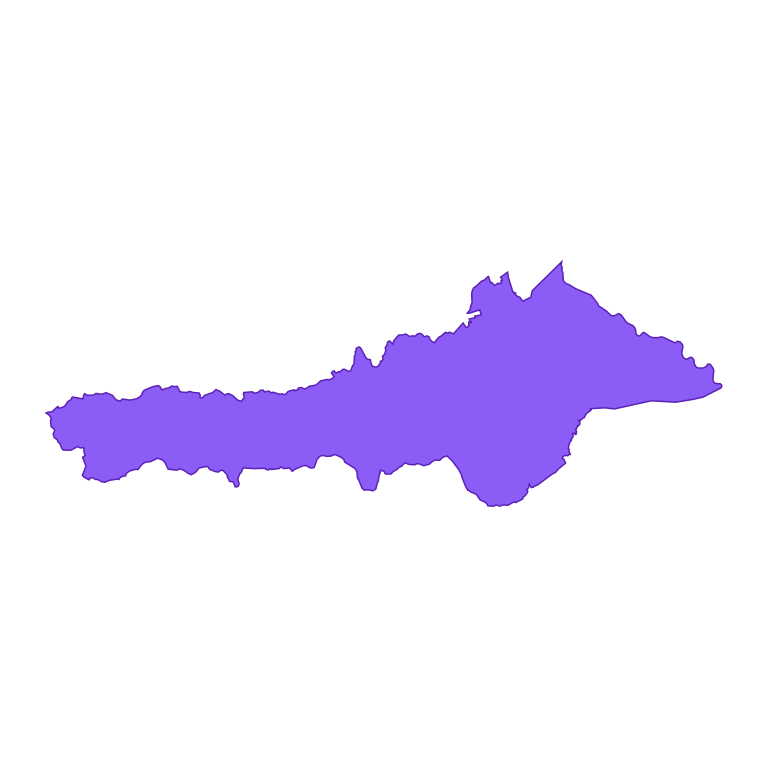 the district of Borlesti, Neamt, Romania
{"feature_id": "2599482B55744417226564", "entity_name": "Borlesti", "entity_type": "district", "adm_level": 2, "iso_a3": "ROU", "parent_name": "Romania", "parent_adm1": "Neamt", "projection": "orthographic", "projection_center": [26.427, 46.78], "detail": "fine", "context": "isolated", "style": "filled", "palette": "violet", "viewbox_px": 768, "rotation_deg": 0, "n_neighbors": 0, "source": "geoboundaries", "source_scale": "gbopen_adm2", "svg_char_len": 6085}
<svg xmlns="http://www.w3.org/2000/svg" viewBox="0 0 768 768"><path d="M487.9,505.9L494.0,506.2L495.9,504.9L499.7,506.1L503.4,504.9L507.9,505.3L513.7,502.0L515.8,502.5L521.6,499.6L522.8,498.8L523.1,497.0L524.6,496.2L527.5,492.5L527.6,490.7L526.6,489.5L528.4,488.1L529.3,484.4L531.1,487.5L533.3,487.3L533.9,486.4L537.4,485.1L553.0,473.5L555.4,472.5L558.6,468.8L565.6,463.1L563.8,459.1L563.1,459.3L562.5,458.6L562.6,457.0L564.8,455.4L567.9,455.7L569.1,454.4L570.2,454.4L569.2,451.5L569.0,449.2L568.5,448.9L568.5,446.8L569.6,442.6L570.7,441.3L570.8,440.4L571.4,440.2L571.1,439.1L572.2,438.4L573.2,436.0L572.8,435.1L573.2,434.0L572.6,433.5L573.9,433.2L575.1,433.8L575.3,434.5L576.1,434.3L576.4,433.5L575.7,432.3L576.6,431.8L575.5,429.4L576.3,429.2L577.6,425.8L578.3,426.0L580.0,423.8L579.8,422.2L578.7,420.5L580.0,420.9L583.1,418.0L584.1,417.8L586.3,413.7L591.1,410.0L590.5,408.7L604.5,407.8L614.5,408.9L651.2,400.8L675.7,402.2L692.9,399.4L703.1,397.1L721.2,387.8L721.9,385.4L720.4,383.8L715.1,383.4L713.2,381.3L712.9,379.3L713.8,370.3L712.9,368.0L710.2,364.3L708.1,364.0L705.8,366.8L703.2,368.0L697.7,368.0L696.2,367.0L694.3,363.9L694.0,360.1L692.0,357.5L690.5,357.3L686.4,359.4L683.2,357.6L681.7,353.1L682.9,346.6L682.6,345.0L680.4,342.1L677.8,341.2L675.1,342.9L663.3,337.3L661.2,336.9L657.3,337.7L653.0,337.6L650.3,336.9L644.2,332.5L643.0,332.6L640.0,335.8L638.1,335.8L637.1,335.3L635.9,333.3L635.5,329.5L634.6,327.6L633.1,325.8L626.8,322.7L621.2,315.0L618.7,313.6L614.8,315.6L612.9,315.9L610.7,315.2L606.6,311.2L598.6,305.8L596.9,302.5L591.2,295.2L575.8,288.8L568.9,284.5L566.1,283.6L563.3,280.7L562.8,272.7L561.8,270.0L562.2,268.0L561.2,264.8L561.7,261.8L533.0,290.0L532.1,291.2L530.8,297.4L525.1,299.9L523.9,301.2L522.2,300.5L519.9,297.3L517.4,296.3L514.5,293.9L515.6,293.1L512.9,292.0L508.3,277.3L507.6,272.2L500.6,277.2L502.4,280.1L500.8,281.1L501.5,282.9L498.6,283.8L498.1,283.2L494.4,285.5L491.7,282.4L490.5,282.8L488.5,276.5L487.6,276.9L484.7,279.8L481.3,281.3L476.5,286.0L473.5,288.0L472.0,291.6L471.7,294.7L472.1,302.5L470.7,306.2L470.0,309.8L467.3,313.2L469.4,313.2L479.7,309.9L481.2,314.9L474.7,316.1L475.2,317.8L469.4,318.8L469.3,319.5L470.0,320.7L471.6,322.0L471.0,322.8L468.8,322.0L468.6,323.9L469.2,325.1L466.9,327.4L465.9,327.3L463.1,323.0L453.5,333.8L449.4,332.2L448.1,333.1L445.3,332.4L441.2,336.0L438.7,337.3L434.4,342.7L431.9,341.5L429.7,339.1L429.4,337.3L428.4,336.4L426.5,335.9L425.2,336.7L423.7,336.4L422.4,334.5L419.8,333.3L417.0,334.2L415.6,335.8L414.1,336.3L413.1,335.8L409.3,336.4L406.0,334.0L402.0,335.0L398.7,335.0L393.8,340.7L392.8,344.1L389.7,340.9L387.8,341.8L386.9,344.9L385.3,347.8L385.8,351.5L385.1,352.2L385.0,354.0L382.7,355.9L382.6,357.3L383.3,358.7L382.4,360.4L380.3,361.4L380.8,362.5L379.3,364.2L379.2,365.3L376.1,367.3L372.2,366.1L370.8,362.3L370.5,359.8L367.4,359.1L366.0,357.9L360.6,347.9L358.8,346.9L356.1,348.5L356.3,350.3L355.2,351.6L355.5,354.0L354.4,356.1L354.0,363.8L352.5,365.9L350.9,370.4L348.9,371.5L344.0,369.1L342.3,369.7L340.0,372.0L338.6,371.6L336.8,372.8L335.2,372.4L334.3,370.9L332.6,371.3L331.5,373.1L334.1,376.5L332.3,378.5L329.3,379.8L327.3,379.4L320.7,380.8L315.9,385.1L309.1,386.3L306.6,388.3L304.2,388.9L301.2,387.5L298.4,388.0L298.0,388.5L298.4,389.5L298.0,390.2L296.5,390.0L295.4,390.9L294.4,389.8L289.5,390.9L287.7,391.8L286.0,394.0L283.9,394.6L281.8,393.8L279.8,394.3L273.0,392.2L271.8,393.0L268.7,391.1L264.5,391.9L263.2,390.1L260.0,390.4L259.0,391.9L255.0,393.3L252.1,391.8L243.8,392.5L243.4,393.9L244.3,397.6L241.1,401.4L237.5,400.0L232.7,395.6L228.8,393.7L227.2,393.7L224.9,395.1L219.6,391.1L215.9,389.6L212.9,392.4L204.4,395.5L202.7,397.5L201.1,398.1L199.9,397.4L200.3,395.2L199.1,393.0L193.1,392.5L189.9,391.4L186.9,392.4L182.1,392.2L179.8,391.4L177.2,386.3L174.3,386.6L172.1,386.0L168.1,388.2L165.3,388.5L162.2,390.0L159.6,386.2L157.9,385.6L152.7,386.7L144.1,390.3L142.4,392.7L141.5,395.2L140.0,396.7L136.5,398.8L130.2,400.1L122.8,399.1L121.9,399.2L120.7,400.9L118.5,400.9L117.5,400.1L116.4,400.3L112.5,395.4L106.1,392.7L101.5,394.3L96.0,393.4L93.5,395.1L87.4,395.3L84.8,393.7L84.1,394.2L82.8,398.9L72.7,397.0L71.8,397.5L71.8,398.5L70.5,400.0L67.9,401.4L64.7,406.2L60.9,408.0L58.2,407.8L58.0,406.6L57.6,406.6L51.9,411.8L47.9,412.2L46.1,413.0L49.1,415.1L51.4,418.3L50.5,420.1L51.1,426.7L53.3,428.2L54.8,430.4L53.2,433.9L54.0,437.2L57.7,440.4L58.1,442.3L59.8,443.2L61.4,447.7L63.2,450.1L70.9,450.2L77.6,446.6L80.2,447.9L83.7,447.7L84.2,453.1L85.3,455.5L82.6,457.3L86.0,466.1L82.4,475.2L83.8,477.1L89.0,479.8L90.5,477.8L93.3,477.9L95.2,479.4L97.9,479.6L101.6,481.7L105.1,482.2L109.4,480.3L117.7,479.1L118.9,479.5L120.2,477.4L123.7,476.0L125.2,476.1L126.8,473.0L129.7,471.0L136.1,469.2L137.9,469.6L141.8,464.5L145.3,462.2L150.2,461.7L157.8,458.2L163.0,460.2L165.3,463.2L168.2,469.2L176.6,470.2L180.4,468.9L184.3,470.6L188.7,473.7L191.4,474.7L195.6,472.2L199.0,468.0L206.7,466.5L207.8,466.7L209.7,469.4L215.3,471.6L218.3,472.1L220.1,470.6L222.9,470.3L227.5,475.2L227.1,476.3L229.2,480.8L229.8,481.5L232.8,481.8L233.8,482.9L234.9,486.7L237.0,486.9L238.2,486.2L239.0,484.6L238.9,482.7L237.8,479.9L238.8,476.0L240.1,473.3L241.1,472.7L243.1,467.9L253.9,468.6L264.9,468.3L265.5,469.2L268.7,470.0L269.7,468.7L271.7,469.5L279.4,468.5L280.6,466.8L283.9,468.6L289.5,467.9L292.0,471.1L292.6,471.1L294.6,469.5L302.6,465.9L306.1,465.6L310.2,467.9L313.2,467.9L314.2,467.5L317.1,459.3L320.2,456.0L323.5,455.5L326.3,456.3L330.5,456.2L335.0,454.5L340.7,457.1L344.0,459.6L344.6,462.0L355.1,468.6L356.9,471.7L357.5,478.2L358.7,479.8L361.8,487.7L363.8,490.0L369.2,489.9L373.1,490.8L375.8,489.0L377.5,482.2L378.2,481.6L379.3,474.1L380.0,473.6L380.5,470.3L384.1,471.3L384.9,473.3L386.0,474.1L390.2,474.0L391.2,473.8L393.2,471.5L397.2,469.3L398.9,467.4L401.9,466.2L402.8,464.6L405.4,462.9L408.8,464.4L414.5,464.8L417.0,463.7L419.5,463.9L423.6,465.7L429.3,464.2L432.7,461.2L434.9,460.1L439.8,460.3L443.1,457.0L447.1,456.0L452.0,460.6L458.8,469.7L461.7,475.3L461.8,476.8L465.3,485.7L467.8,490.4L468.8,490.3L470.5,491.9L476.2,494.2L480.2,500.0L485.5,502.4L487.2,504.3L487.9,505.9Z" fill="#8b5cf6" stroke="#5b21b6" stroke-width="1.5"/></svg>